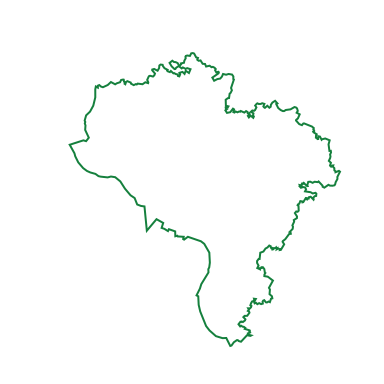 Rajshahi, Rajshahi, Bangladesh, rotated 21°
{"feature_id": "16705992B51815672792645", "entity_name": "Rajshahi", "entity_type": "district", "adm_level": 2, "iso_a3": "BGD", "parent_name": "Bangladesh", "parent_adm1": "Rajshahi", "projection": "mercator", "projection_center": [88.705, 24.415], "detail": "fine", "context": "isolated", "style": "outline", "palette": "green", "viewbox_px": 384, "rotation_deg": 21, "n_neighbors": 0, "source": "geoboundaries", "source_scale": "gbopen_adm2", "svg_char_len": 5938}
<svg xmlns="http://www.w3.org/2000/svg" viewBox="0 0 384 384"><g transform="rotate(21 192 192)"><path d="M282.9,322.0L283.9,321.2L284.9,317.3L287.0,314.2L287.8,313.9L289.1,314.4L291.4,314.2L294.7,306.0L298.1,305.4L298.7,304.7L295.3,305.0L294.8,304.0L296.5,302.4L295.6,301.8L295.9,301.0L295.4,300.5L290.3,300.9L290.5,299.8L288.7,299.3L287.5,299.6L285.6,299.2L285.1,300.2L282.8,298.8L283.7,295.8L284.5,295.8L284.9,295.1L286.1,295.2L287.5,292.9L287.5,291.7L284.8,290.4L285.5,288.8L287.9,287.8L288.9,284.1L288.2,283.2L286.8,283.0L287.3,281.5L286.1,280.5L287.8,279.9L288.4,278.5L288.3,277.1L287.1,276.9L287.0,274.6L287.3,272.7L288.1,272.3L288.8,270.1L288.2,269.4L289.9,269.0L289.4,272.4L290.4,273.5L291.4,272.5L293.2,273.3L294.5,271.7L296.7,271.9L298.1,270.8L297.2,269.1L297.4,267.9L298.2,267.1L300.5,268.5L301.5,268.3L302.8,266.8L304.2,266.9L304.0,263.3L305.1,262.5L304.0,260.7L301.0,259.6L299.7,255.1L298.2,253.9L299.3,245.7L293.1,243.9L289.7,244.6L289.2,243.1L289.5,241.4L289.0,241.3L287.1,238.0L285.1,236.8L283.9,237.3L284.2,238.1L282.6,238.8L283.1,239.8L280.2,239.6L280.5,236.9L278.2,234.9L277.5,233.1L278.2,230.6L279.1,230.3L277.5,224.2L280.0,222.0L280.9,218.4L282.3,216.8L283.3,214.3L285.0,214.5L285.3,215.4L286.1,216.0L286.7,215.6L287.6,216.9L288.3,216.4L287.5,215.5L290.1,214.4L290.4,213.5L291.3,214.3L291.6,214.0L291.7,215.1L292.8,213.8L294.3,214.0L295.1,213.5L295.0,214.6L295.7,214.2L296.8,207.8L294.4,206.0L294.4,205.3L296.0,202.6L297.7,196.5L299.2,195.6L298.4,194.3L297.5,194.3L299.2,190.4L298.7,188.2L297.7,187.2L298.0,183.1L297.1,181.7L299.3,178.8L298.8,177.2L295.6,174.8L296.3,172.8L297.7,172.6L298.3,171.2L296.4,166.8L295.3,166.5L295.4,165.6L296.3,164.6L296.4,161.7L298.3,161.3L298.8,162.1L299.5,161.6L300.4,156.8L301.2,156.6L301.8,157.7L302.3,157.7L302.7,156.4L303.3,156.2L303.0,155.0L304.5,153.9L308.2,155.6L308.2,155.1L307.1,154.2L308.1,151.9L309.3,151.2L308.7,149.0L307.6,148.5L305.2,150.1L302.8,149.7L297.3,150.9L297.5,148.6L296.0,147.2L293.8,147.6L292.1,149.0L290.4,148.1L290.9,147.5L290.2,146.9L291.4,146.7L291.5,146.2L292.1,146.8L291.7,144.7L292.3,144.5L293.3,142.7L293.2,144.4L294.2,144.0L297.4,145.2L297.8,145.0L297.2,144.4L296.9,140.9L298.7,140.0L301.3,140.2L302.8,138.5L305.9,137.7L306.4,136.8L311.6,139.3L312.1,140.3L314.0,140.5L316.8,136.4L318.5,136.6L320.9,135.8L322.6,134.7L322.9,133.6L322.6,131.3L323.1,127.7L322.3,125.8L322.9,120.0L321.6,119.6L318.9,122.1L318.5,121.2L317.2,120.8L316.3,118.7L314.3,117.8L314.3,116.6L313.5,117.0L312.8,118.5L311.4,117.9L311.2,114.9L308.6,113.9L308.8,110.7L308.5,109.1L307.5,107.6L307.6,105.2L306.8,103.8L305.6,104.4L303.4,100.4L302.4,98.6L302.0,94.4L297.2,94.3L294.6,96.1L294.3,96.8L291.6,94.4L289.9,94.7L290.8,97.3L290.2,97.6L289.5,97.0L288.2,96.9L287.5,94.6L287.7,93.4L284.0,92.7L283.5,92.2L284.3,91.6L283.9,90.6L282.8,90.0L282.8,88.7L280.5,87.9L272.1,87.8L271.4,88.1L270.7,90.2L267.8,90.2L263.5,88.0L263.4,87.3L264.5,85.4L264.7,80.9L261.3,80.5L261.7,78.4L260.1,76.3L258.7,75.8L257.2,76.0L254.4,79.5L250.2,81.8L249.0,83.4L247.8,83.9L245.4,83.7L242.4,82.7L239.1,79.7L240.0,78.7L236.9,77.1L235.0,79.7L234.4,82.3L234.9,84.2L234.0,85.6L231.4,84.5L229.9,87.3L229.2,87.2L228.0,86.6L228.0,83.8L225.7,84.0L224.7,85.1L222.8,85.9L221.3,85.8L220.8,86.4L220.0,88.7L221.8,89.9L221.5,92.9L220.8,94.0L219.1,94.3L218.3,95.9L221.2,96.6L221.5,98.5L222.7,99.4L222.6,100.8L219.4,99.7L218.4,102.0L216.9,100.9L217.9,99.0L217.4,97.7L216.8,98.8L215.8,98.5L215.2,97.4L213.5,97.1L212.4,99.1L208.5,98.9L208.2,99.8L207.2,99.9L205.9,101.3L203.8,101.2L203.2,102.6L202.0,102.6L201.7,99.8L200.4,99.5L199.1,103.8L196.3,105.6L193.9,103.8L194.9,102.1L193.8,102.1L193.2,101.1L195.2,99.7L195.3,99.0L192.7,99.3L190.4,93.8L191.8,91.6L192.9,91.0L191.9,86.7L192.5,85.7L192.8,82.8L191.2,80.9L190.8,72.0L190.1,71.8L189.2,69.3L187.3,68.0L183.9,68.7L181.8,70.3L178.7,70.7L178.6,73.5L177.7,76.0L175.2,77.5L172.8,80.2L170.0,77.9L174.1,71.9L174.3,71.0L174.0,70.5L173.5,70.3L171.8,71.6L169.9,70.0L170.1,68.7L168.5,67.9L166.6,67.7L165.5,68.5L163.2,67.8L160.2,69.8L158.3,67.8L156.0,68.5L152.8,66.1L151.3,67.1L149.9,66.8L149.5,66.6L149.5,64.7L147.6,64.8L144.4,62.0L143.0,62.0L141.6,62.8L141.3,65.7L138.6,66.3L137.5,67.2L137.4,68.1L138.2,69.4L137.8,72.2L138.2,74.2L135.6,75.9L136.1,76.5L135.5,78.1L134.4,78.4L132.4,76.8L130.2,76.6L128.6,77.1L126.6,76.5L124.8,79.5L128.0,82.0L131.6,83.5L132.4,83.1L132.7,81.6L134.5,79.2L138.1,80.3L138.8,79.0L142.0,79.3L143.1,78.1L146.6,77.9L146.5,82.0L142.7,81.1L142.7,84.4L140.1,83.3L137.6,85.2L138.8,86.5L138.7,88.6L137.3,88.7L136.6,87.4L134.6,87.7L132.8,87.4L132.1,87.9L128.9,86.6L128.4,88.0L125.9,88.0L125.2,87.5L125.4,86.7L122.0,86.3L119.8,84.9L119.0,83.8L117.0,84.3L116.2,85.6L116.9,88.1L116.4,91.1L112.6,90.7L111.0,91.9L111.2,92.6L115.0,94.7L115.0,96.6L114.2,98.2L111.3,98.5L110.5,99.0L110.2,99.9L110.0,103.4L111.9,105.3L112.0,106.1L109.1,106.3L107.2,109.1L102.4,110.3L101.9,111.4L100.9,111.4L99.3,113.1L96.2,112.7L95.6,111.8L91.9,111.7L91.0,112.9L91.1,115.3L90.3,115.1L90.5,113.4L89.0,113.4L88.0,111.6L87.4,111.7L85.7,112.8L85.5,115.3L82.8,117.5L81.7,119.0L76.9,118.4L75.0,122.3L71.3,126.1L69.3,126.2L67.1,125.4L66.0,126.5L66.7,128.3L64.4,128.0L64.9,130.8L67.8,138.3L68.9,146.8L68.0,153.5L65.7,158.4L66.2,163.8L67.3,164.9L67.3,166.3L68.7,168.0L70.0,172.3L76.2,178.3L74.9,182.5L72.1,182.7L60.9,191.7L68.4,198.0L70.2,200.5L75.2,205.1L81.8,208.7L86.4,210.0L90.1,210.2L95.4,209.7L99.0,210.7L101.2,210.4L108.0,208.6L110.8,206.6L115.0,205.7L121.3,207.8L128.2,212.9L135.8,217.1L140.6,218.2L145.3,223.3L149.4,223.3L152.8,222.5L163.7,244.3L168.6,230.1L176.2,231.2L176.5,236.4L179.4,236.3L183.6,237.1L183.8,235.0L190.4,234.8L192.3,239.3L194.0,238.1L194.6,238.6L200.3,236.8L200.6,239.1L201.7,239.3L204.2,235.3L218.0,234.8L222.0,236.0L229.9,242.4L234.0,251.6L235.1,256.2L234.9,258.2L236.2,261.2L233.7,274.7L234.0,279.3L233.3,286.9L235.2,287.1L238.7,295.0L242.5,300.6L253.2,312.1L258.0,315.0L266.0,318.0L272.9,317.5L276.3,316.0L282.9,322.0Z" fill="none" stroke="#15803d" stroke-width="2"/></g></svg>